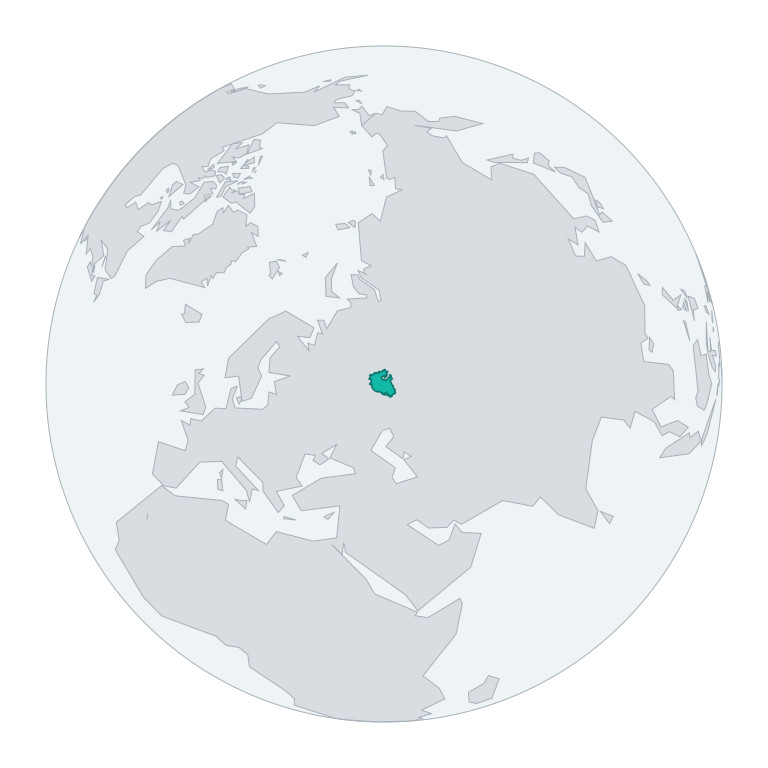 the Earth from above Bashkortostan, rotated 332°
{"feature_id": "RUS-2378", "entity_name": "Bashkortostan", "entity_type": "Republic", "adm_level": 1, "iso_a3": "RUS", "parent_name": "Russia", "parent_adm1": "", "projection": "orthographic", "projection_center": [56.933, 54.055], "detail": "fine", "context": "on_globe", "style": "filled", "palette": "teal", "viewbox_px": 768, "rotation_deg": 332, "n_neighbors": 0, "source": "natural_earth", "source_scale": "10m", "svg_char_len": 16146}
<svg xmlns="http://www.w3.org/2000/svg" viewBox="0 0 768 768"><g transform="rotate(332 384 384)"><circle cx="384" cy="384" r="338" fill="#eef3f6" stroke="#a8b0b8"/><path d="M376.2,46.2L390.0,47.1L390.4,53.8L382.1,52.5L383.1,54.8L393.6,57.0L400.3,57.9L418.1,73.7L451.0,89.1L467.1,90.6L459.1,93.5L493.4,94.8L514.9,103.8L487.0,95.9L481.5,97.0L494.3,103.9L491.4,106.6L495.9,111.7L491.3,114.5L475.4,110.4L472.0,112.3L481.3,117.2L482.5,123.6L469.4,116.1L470.1,126.7L443.6,123.1L412.3,103.1L394.0,106.0L352.1,98.9L352.4,103.0L336.7,103.8L331.1,109.1L324.9,106.9L325.8,113.1L332.5,114.2L335.1,117.4L332.4,120.8L324.1,118.4L324.2,116.3L320.4,117.4L317.4,114.8L317.3,118.0L307.6,115.1L313.2,123.1L302.0,125.1L296.6,121.8L302.5,115.4L304.8,94.1L301.1,89.9L290.1,89.8L257.8,102.9L251.6,101.4L239.2,104.4L240.1,107.8L250.1,106.9L248.8,114.7L261.2,113.3L262.5,116.6L273.1,118.4L265.6,125.5L252.6,131.6L243.4,130.7L237.4,133.6L241.4,140.9L219.8,146.0L197.6,161.9L192.6,162.8L191.4,152.2L203.4,135.4L201.9,124.0L196.9,139.1L184.5,142.1L180.0,146.2L177.2,150.9L179.5,152.9L174.1,155.9L177.0,141.4L182.0,138.4L181.0,142.9L186.5,135.3L188.4,126.7L182.0,129.5L191.6,115.3L187.2,117.4L186.8,115.8L193.2,113.3L181.8,117.8L192.1,106.3L183.9,111.7L194.1,104.5L198.3,101.7L210.0,94.4L212.2,93.0L233.9,81.3L256.3,71.1L279.4,62.7L303.1,55.9L327.2,50.9L351.7,47.6L376.2,46.2ZM403.7,58.1L394.1,56.8L385.7,54.2L394.0,54.8L403.7,58.1ZM419.2,65.0L413.9,64.8L413.2,61.2L416.5,62.4L419.2,65.0ZM479.2,91.5L472.0,88.4L480.0,90.5L479.2,91.5ZM497.4,111.9L500.4,112.1L501.4,114.7L497.4,111.9ZM276.5,114.5L274.8,116.4L273.7,115.0L276.5,114.5ZM282.6,113.6L282.6,110.7L285.5,109.9L285.5,111.7L282.6,113.6ZM495.3,121.7L496.1,126.2L492.5,120.8L495.3,121.7ZM282.1,117.5L290.7,108.9L295.8,107.6L300.1,113.6L282.1,117.5ZM494.8,128.4L496.9,140.1L503.8,141.1L485.7,145.3L489.8,133.6L484.3,126.6L490.8,129.7L494.8,128.4ZM335.8,113.1L328.5,112.1L337.0,109.9L335.8,113.1ZM340.6,111.0L363.1,100.7L372.4,104.4L363.0,106.8L377.2,109.5L370.7,116.2L361.5,116.3L356.7,112.5L357.9,118.1L340.6,111.0ZM475.3,146.0L473.5,148.4L472.4,145.1L475.3,146.0ZM336.8,118.6L340.5,116.0L348.9,118.9L343.0,124.6L342.2,121.8L336.8,118.6ZM384.0,107.0L389.3,110.5L385.4,116.8L387.0,119.0L371.4,116.7L384.0,107.0ZM338.9,122.9L339.8,127.5L333.4,129.3L333.8,121.3L338.9,122.9ZM353.6,117.3L357.3,119.0L353.3,119.9L353.6,117.3ZM311.2,139.2L315.5,135.6L320.2,136.7L311.2,139.2ZM340.6,129.1L342.8,128.5L345.1,128.7L344.4,132.1L340.6,129.1ZM369.8,121.5L367.1,123.5L376.0,122.7L373.5,127.7L363.5,125.4L366.7,128.5L366.0,130.1L358.7,126.5L369.8,121.5ZM350.7,136.1L337.2,135.4L328.3,141.6L323.8,140.6L338.9,131.0L350.7,136.1ZM356.0,130.7L351.7,133.8L348.4,130.9L349.2,127.0L356.0,130.7ZM375.4,132.1L381.7,125.0L383.7,125.8L375.4,132.1ZM348.8,138.4L352.1,138.6L348.5,139.2L348.8,138.4ZM367.9,134.6L369.9,131.9L372.1,132.8L367.9,134.6ZM357.0,141.3L352.7,141.0L353.1,138.2L357.0,141.3ZM362.6,138.7L365.1,140.7L355.9,137.4L363.1,137.3L362.6,138.7ZM369.7,135.9L371.6,135.6L368.5,137.0L369.7,135.9ZM357.8,152.2L346.2,148.8L347.2,142.6L358.4,146.7L357.8,152.2ZM191.3,661.6L183.8,656.1L153.9,625.3L157.3,620.1L153.2,609.1L132.4,570.4L136.7,559.2L132.1,548.4L122.0,540.8L117.1,527.5L111.4,521.3L78.9,484.6L71.5,459.2L69.0,404.0L76.7,398.0L82.7,380.4L140.0,369.3L147.0,384.6L186.2,410.8L190.2,417.3L180.0,429.9L204.9,470.6L219.6,463.8L247.7,489.5L270.0,497.6L287.8,470.8L251.4,457.0L250.6,439.4L284.2,437.7L316.9,449.9L317.7,443.6L301.6,423.8L313.9,415.1L296.6,416.0L300.1,424.2L289.4,425.3L285.6,418.0L290.0,415.0L281.5,408.6L262.4,425.5L263.9,435.7L238.6,428.3L238.7,444.7L230.2,447.8L226.9,421.4L230.8,414.2L220.8,379.8L214.4,386.5L223.4,419.8L218.5,414.7L209.9,425.1L212.5,413.2L204.4,376.1L184.7,366.5L151.5,378.3L141.8,370.5L137.4,354.6L157.8,329.0L177.2,349.5L184.7,341.6L187.9,321.1L193.5,329.4L197.2,323.9L205.3,330.9L223.6,326.0L232.8,331.6L246.8,316.1L253.4,317.1L243.3,325.8L241.2,335.2L264.9,349.3L271.5,348.0L278.7,337.0L284.3,342.7L288.2,330.4L305.2,333.0L287.8,319.8L295.7,307.5L309.6,302.2L309.1,296.0L286.4,304.9L280.2,310.7L279.9,319.4L260.2,334.4L250.6,332.7L259.3,308.7L246.6,303.9L259.0,288.2L312.6,272.5L331.6,273.6L348.6,301.7L340.3,308.3L330.0,301.2L333.3,319.3L336.0,312.2L340.7,317.3L349.5,307.7L353.2,310.8L355.2,296.5L360.8,299.4L359.4,308.4L377.2,297.5L390.6,300.8L392.8,296.9L391.3,291.8L409.3,300.0L410.1,296.8L404.6,292.8L402.6,284.1L406.2,272.0L412.2,275.5L411.7,280.3L419.8,296.0L417.6,308.8L420.5,309.1L423.8,298.8L413.9,279.6L414.4,271.4L420.3,279.6L418.2,276.0L420.3,273.0L428.0,273.5L422.1,264.3L437.0,229.6L453.5,227.9L457.1,238.6L473.9,220.2L491.1,221.0L485.9,217.1L490.5,206.6L485.1,206.1L483.0,203.5L492.3,177.9L499.2,175.0L497.3,160.9L494.7,159.1L489.5,160.3L485.7,145.3L503.8,141.1L508.9,145.3L516.8,140.4L527.3,151.0L539.6,157.9L546.6,173.2L555.7,177.9L557.8,175.5L571.7,180.6L593.5,200.4L566.9,194.7L532.5,170.0L545.8,180.6L540.1,181.5L543.2,187.5L552.8,195.2L555.6,193.9L557.2,225.5L575.0,254.4L580.2,242.7L590.0,243.4L614.7,269.2L629.0,327.0L642.2,331.0L647.2,338.6L645.3,350.8L637.8,340.0L630.1,343.0L626.2,335.4L620.6,352.4L614.8,342.3L613.3,361.0L620.8,365.4L628.0,353.7L629.2,375.0L644.5,378.3L653.3,393.0L650.9,437.3L638.1,461.9L638.7,467.6L630.0,468.5L623.8,486.1L644.4,500.3L645.7,507.9L633.2,534.5L631.9,529.7L608.9,532.1L608.4,551.9L626.1,554.0L632.3,565.0L620.4,569.5L613.6,560.0L605.4,560.4L604.9,544.4L592.8,526.0L580.6,538.5L578.9,528.5L560.4,515.2L541.4,531.7L513.0,571.1L513.5,596.2L501.8,610.1L476.8,581.4L469.1,557.1L457.9,561.8L434.1,542.6L386.5,544.3L381.7,536.9L372.3,540.2L355.8,532.1L349.3,519.3L338.4,519.0L356.4,552.1L368.3,552.3L381.0,540.9L383.5,552.0L399.7,561.5L374.7,586.4L307.3,600.2L304.2,580.6L270.8,514.1L273.8,507.9L273.8,507.1L273.6,505.6L267.0,515.0L262.4,501.2L276.5,547.9L277.4,565.2L306.3,601.1L302.7,603.3L313.1,610.9L350.5,608.9L349.9,614.8L330.2,638.7L281.4,659.9L290.0,678.8L289.9,690.6L264.1,689.6L271.1,697.4L258.4,694.6L260.8,697.3L253.2,695.4L246.6,692.7L218.2,678.5L191.3,661.6ZM114.4,387.3L111.5,392.0L111.4,392.0L114.4,387.3ZM348.0,477.8L369.9,481.7L366.1,460.5L374.2,460.5L370.0,453.5L365.7,459.0L356.2,440.1L367.9,435.2L368.3,425.9L361.0,424.3L341.2,436.4L354.6,463.2L347.0,470.7L348.0,477.8ZM170.1,122.4L169.9,122.6L170.1,122.4ZM184.4,143.0L184.0,144.2L180.2,149.0L180.2,146.9L184.4,143.0ZM174.6,171.3L166.0,175.5L172.1,170.7L170.4,168.1L181.0,155.4L190.6,162.7L184.4,161.4L174.6,171.3ZM197.9,141.2L190.0,147.9L198.2,140.3L197.9,141.2ZM209.6,288.6L210.0,295.4L203.5,299.8L191.9,294.4L201.2,287.8L209.6,288.6ZM212.1,304.3L224.0,282.9L231.8,286.0L225.4,287.7L229.3,291.9L220.2,296.0L215.9,320.5L209.9,326.2L191.6,312.1L200.9,313.3L199.9,306.3L212.1,304.3ZM240.8,228.2L246.1,220.5L256.0,236.9L250.0,242.4L237.9,236.9L238.0,227.3L240.8,228.2ZM287.9,130.4L289.3,127.4L291.6,127.9L292.3,130.9L287.9,130.4ZM312.8,137.4L284.3,144.4L284.5,141.2L267.6,149.8L261.4,144.9L272.5,139.3L255.1,142.4L262.6,135.5L250.8,138.7L276.2,126.8L282.3,121.1L277.9,129.2L283.4,133.7L287.7,134.0L304.2,130.8L320.0,121.4L328.1,125.0L329.5,130.0L327.0,132.8L322.5,129.5L322.3,135.6L313.9,133.0L312.8,137.4ZM342.2,194.6L338.1,188.2L336.2,202.7L327.8,199.1L328.1,201.0L319.9,201.8L310.4,206.3L307.4,203.5L305.0,206.5L299.4,207.3L295.1,210.6L288.3,207.0L282.4,210.8L282.5,206.9L274.3,214.6L277.3,207.4L270.5,208.1L271.1,214.7L244.6,190.2L231.2,186.5L218.3,187.6L225.2,175.8L241.7,167.6L261.6,163.3L273.6,169.0L274.5,163.0L280.6,164.0L277.3,168.3L285.9,162.4L290.0,164.5L307.7,162.5L317.7,153.3L324.4,152.6L322.6,157.3L330.6,153.3L331.6,161.9L336.5,161.7L342.4,170.2L336.0,179.9L341.9,179.0L346.6,185.8L342.2,194.6ZM359.1,154.7L353.4,166.4L346.0,170.4L338.8,154.0L334.3,153.0L329.5,143.2L340.3,137.8L340.7,141.0L343.6,143.0L339.0,143.9L344.8,144.6L345.6,149.2L350.3,151.1L347.1,154.3L359.1,154.7ZM198.1,415.4L201.8,418.9L208.4,422.4L203.1,429.3L198.1,415.4ZM192.0,390.2L195.9,391.8L191.6,402.6L187.8,399.2L192.0,390.2ZM201.7,383.7L196.5,391.0L197.0,385.1L201.7,383.7ZM247.2,326.8L251.8,328.0L250.8,331.0L246.6,333.7L247.2,326.8ZM334.6,238.8L333.5,234.0L335.7,233.2L340.0,222.7L346.5,224.9L346.5,232.0L334.6,238.8ZM279.6,473.9L271.0,477.3L268.6,473.3L272.0,472.9L279.6,473.9ZM233.6,454.1L242.4,462.8L232.1,455.8L233.6,454.1ZM342.5,239.4L343.4,234.8L346.1,238.8L342.5,239.4ZM351.5,226.0L355.2,229.7L347.8,223.9L351.5,226.0ZM347.3,698.4L331.7,712.1L315.7,709.5L309.9,704.9L313.8,695.9L331.6,695.3L339.5,690.5L347.3,698.4ZM678.3,543.4L682.7,537.1L682.3,538.2L678.3,543.4ZM673.9,547.9L679.5,540.2L672.5,551.0L673.9,547.9ZM681.5,537.2L687.1,527.2L689.6,522.2L688.8,524.6L681.5,537.2ZM669.9,553.2L645.5,580.1L635.0,587.9L638.1,582.5L655.0,566.8L669.9,553.2ZM637.3,583.2L620.4,588.7L592.8,578.6L602.8,572.9L630.8,570.5L629.1,574.8L639.3,573.2L637.3,583.2ZM675.4,527.4L673.6,537.6L660.8,552.1L654.5,557.5L650.3,550.9L652.7,542.6L658.1,537.4L675.1,495.1L681.7,492.1L677.3,507.8L682.5,509.0L675.4,527.4ZM515.2,597.9L524.3,608.6L517.6,613.1L515.2,597.9ZM679.4,470.8L674.2,489.5L678.1,468.4L679.4,470.8ZM680.0,453.5L681.7,457.9L677.8,457.0L680.0,453.5ZM641.0,475.0L635.6,481.7L634.2,478.2L640.3,467.5L641.0,475.0ZM659.9,405.5L664.6,416.8L665.2,421.7L660.4,417.9L659.9,405.5ZM399.7,255.2L386.5,267.0L381.3,277.8L385.2,287.1L374.0,279.4L382.0,262.7L399.7,255.2ZM431.8,232.2L428.3,224.7L433.5,225.0L435.0,226.8L431.8,232.2ZM427.1,229.8L415.9,226.4L416.4,220.3L425.1,224.1L427.1,229.8ZM378.9,232.3L374.5,235.5L372.4,232.0L378.9,232.3ZM685.9,535.9L689.3,528.9L690.3,526.6L685.9,535.9ZM689.0,526.5L696.1,510.0L698.9,503.7L689.0,526.5ZM716.1,446.6L716.3,445.3L711.1,464.0L710.1,464.2L712.7,454.3L708.1,464.5L713.3,448.0L714.6,450.0L717.1,435.0L719.8,421.2L720.4,415.7L716.1,446.6ZM711.6,465.6L712.3,463.0L711.2,467.6L711.6,465.6ZM701.2,488.0L700.7,490.7L699.1,492.6L701.2,488.0ZM703.5,481.9L707.9,473.0L702.9,484.8L703.5,481.9ZM685.8,506.3L687.6,508.8L693.7,495.6L689.0,508.0L692.2,510.1L690.5,515.5L687.5,512.7L685.0,524.6L682.2,528.6L681.6,522.7L684.8,508.1L687.5,499.6L697.9,480.2L685.8,506.3ZM703.8,475.4L702.4,472.0L703.3,465.5L704.9,465.7L703.8,475.4ZM696.8,464.7L691.4,464.3L687.8,473.9L693.8,449.3L698.2,453.8L696.8,464.7ZM690.2,453.6L687.0,462.6L689.4,449.6L690.2,453.6ZM685.4,461.5L683.6,456.5L686.9,452.4L685.4,461.5ZM692.1,450.6L690.5,439.7L693.3,442.9L692.1,450.6ZM678.6,445.6L688.0,444.7L678.1,454.2L671.5,435.7L675.2,429.5L678.6,445.6ZM660.0,332.2L655.6,327.8L657.2,320.9L659.8,325.8L660.0,332.2ZM658.5,295.9L656.2,317.6L653.7,335.8L657.4,334.6L662.0,347.3L653.3,344.0L650.8,324.1L653.7,312.2L648.5,302.4L647.2,289.4L638.8,280.5L636.4,272.8L644.9,277.3L658.5,295.9ZM634.9,277.2L619.7,259.0L625.4,250.8L630.0,252.9L634.6,264.6L631.4,268.2L634.9,277.2ZM617.7,252.3L614.4,255.8L585.1,239.9L580.3,234.7L605.6,241.5L603.9,245.3L610.1,250.9L617.7,252.3ZM477.0,149.6L473.8,148.5L477.0,147.6L477.0,149.6ZM480.0,203.6L477.6,199.9L481.4,198.7L480.0,203.6ZM473.1,189.3L470.5,193.2L470.8,187.7L473.1,189.3ZM464.9,202.4L468.2,194.1L468.7,204.2L464.9,202.4Z" fill="#d9dde1" stroke="#a8b0b8" stroke-width="1"/><path d="M385.6,370.6L385.6,371.1L385.8,371.5L385.7,371.8L386.0,371.9L386.3,371.9L386.5,371.7L386.9,371.6L387.1,371.7L387.2,371.8L387.7,371.8L387.8,371.7L388.2,371.9L388.5,371.8L388.5,372.1L388.8,372.1L388.8,371.9L389.0,371.6L389.4,371.5L389.5,371.6L389.8,371.8L389.9,372.1L390.2,372.1L390.6,372.0L390.8,371.8L390.9,371.4L391.3,371.5L391.7,371.6L391.8,371.7L391.7,372.1L391.4,372.4L391.6,373.0L391.5,373.4L391.4,373.6L391.8,373.7L391.9,373.8L391.8,374.2L392.0,374.5L391.7,374.7L391.7,374.9L391.8,374.9L392.3,374.6L392.5,374.9L393.0,374.8L392.8,375.3L392.5,375.5L392.2,375.5L391.6,375.7L391.5,375.9L391.5,376.1L391.5,376.4L390.9,376.9L390.9,376.5L390.7,376.4L390.4,376.5L390.7,376.7L390.6,376.8L390.1,376.8L390.0,377.0L390.3,377.1L390.1,377.4L390.0,377.5L389.9,377.2L389.6,377.4L389.5,377.5L390.1,377.7L390.4,378.2L389.7,378.7L389.4,378.6L389.4,378.3L389.4,378.2L388.9,378.4L389.1,378.0L388.8,377.9L388.9,377.7L388.6,377.4L388.1,377.7L388.1,377.8L388.3,377.9L387.9,378.3L388.0,378.6L387.6,378.9L387.5,378.7L387.7,378.4L387.7,378.1L387.5,377.4L387.8,377.4L388.0,377.2L387.8,376.9L387.7,376.8L387.3,376.7L386.5,376.6L386.0,376.5L385.7,376.5L385.3,376.9L385.1,376.9L385.1,377.1L384.9,377.1L385.0,377.5L384.8,377.7L384.7,377.9L384.7,378.1L384.8,378.4L385.1,378.7L384.8,379.2L384.8,379.4L384.9,379.6L385.5,379.9L385.5,380.1L386.0,380.2L386.0,380.4L386.2,380.6L386.8,380.9L386.8,381.4L387.0,381.4L387.2,381.7L387.3,381.9L387.5,382.0L388.3,381.4L388.4,381.2L388.9,381.1L389.5,381.2L389.8,381.5L390.1,381.2L390.4,380.9L391.2,380.6L391.3,380.5L391.8,380.6L392.1,380.2L392.4,380.0L392.6,379.7L392.8,379.5L392.8,379.2L393.1,379.0L393.1,378.8L393.8,379.1L394.1,379.0L394.3,379.4L394.1,379.9L394.1,380.2L394.0,380.5L393.8,380.8L393.5,380.9L393.4,381.2L393.4,381.3L393.6,381.5L393.6,381.9L393.4,382.1L393.8,382.4L393.9,382.6L393.6,383.0L393.7,383.3L393.4,383.2L393.0,383.0L392.5,383.1L392.2,383.1L392.0,383.4L391.7,384.3L391.2,384.5L391.0,384.4L390.9,384.6L391.0,384.8L390.9,385.0L390.9,385.4L390.8,385.7L390.9,386.3L390.6,386.6L390.6,386.8L390.9,386.9L390.8,387.2L390.8,388.2L390.7,388.4L390.7,388.9L390.7,389.0L390.9,389.0L391.0,389.8L391.3,389.8L391.4,390.0L390.8,390.1L390.7,390.3L390.6,390.5L390.5,391.0L390.6,391.5L390.6,391.8L390.4,392.2L390.5,392.4L390.7,392.6L390.8,392.8L390.6,393.0L390.7,393.4L390.8,393.5L390.8,393.9L391.1,394.1L391.2,394.3L390.9,394.5L390.3,394.5L390.0,395.0L390.4,395.7L390.4,395.8L390.2,395.9L390.2,396.4L390.0,396.8L390.0,397.3L389.7,397.5L389.4,397.4L389.2,397.5L389.1,397.4L389.0,397.5L388.9,397.6L388.5,397.6L388.4,397.6L388.4,397.4L388.2,397.3L387.9,397.4L387.8,397.1L387.7,397.1L387.1,397.1L386.9,397.1L386.8,396.9L386.7,396.9L386.7,397.1L386.5,397.3L386.6,397.5L386.3,397.6L386.1,397.8L385.8,397.7L385.7,397.8L385.7,398.2L385.0,398.6L384.8,398.6L384.6,398.2L384.3,398.1L384.2,397.7L383.8,397.7L383.6,397.6L383.8,397.9L383.8,398.3L383.7,398.5L383.4,398.5L383.3,398.4L383.4,398.1L383.2,397.8L383.4,397.6L383.1,397.3L382.9,397.2L382.9,396.8L383.3,396.7L383.0,396.5L383.0,396.4L383.1,395.8L383.0,395.7L382.7,395.8L382.9,395.4L382.5,395.2L382.1,395.2L382.3,395.0L381.8,395.2L381.8,395.4L381.5,395.4L381.4,395.3L381.3,395.1L381.7,394.8L381.8,394.5L382.3,394.3L382.2,393.8L382.2,393.6L381.9,393.2L382.0,393.0L382.1,392.9L382.2,392.7L381.6,392.8L381.3,392.6L381.1,392.3L380.9,392.3L380.9,392.5L380.5,393.1L380.4,393.1L380.3,393.7L380.1,393.9L379.8,394.1L379.7,394.0L379.6,393.8L379.4,393.9L379.0,393.8L378.9,393.6L379.0,393.1L378.8,393.0L379.0,392.9L379.0,392.7L378.7,392.6L378.7,392.4L378.6,392.2L378.4,392.2L378.2,392.4L378.0,392.2L378.1,391.8L378.1,391.7L378.3,391.8L378.3,392.0L378.6,391.9L378.6,391.7L378.4,391.6L378.4,391.4L378.6,391.4L378.6,391.1L378.4,391.0L378.1,391.0L377.7,391.2L377.6,390.7L377.4,390.4L377.0,389.6L376.9,388.8L376.7,388.7L376.3,388.6L375.9,388.7L375.6,388.5L375.7,388.2L374.8,387.6L374.6,387.8L374.4,387.8L374.1,387.6L373.9,387.2L373.7,386.9L373.3,386.1L373.2,385.9L372.6,385.6L372.4,384.7L372.1,383.9L372.0,383.6L372.0,383.4L371.9,383.2L371.9,382.7L371.7,382.1L371.7,381.8L372.0,381.1L372.0,380.7L372.3,380.5L372.7,379.9L372.6,379.6L372.7,379.3L372.6,379.2L372.8,378.8L372.4,378.8L372.1,378.2L371.6,378.0L371.6,377.8L371.4,377.6L371.2,377.5L371.2,377.3L371.3,377.2L371.9,377.1L372.0,377.0L372.2,376.8L372.5,377.0L372.8,376.9L372.8,376.7L373.1,376.5L373.2,376.2L373.9,375.9L374.0,375.5L374.2,375.2L374.8,374.5L374.9,374.4L375.0,374.2L374.8,374.1L374.6,373.7L374.4,373.7L374.2,373.6L374.3,373.2L374.0,373.2L373.9,373.0L373.6,373.0L373.1,372.8L373.2,372.5L373.6,372.5L373.8,372.1L374.2,372.2L374.4,372.2L374.5,372.0L374.8,371.4L375.2,371.0L375.5,370.9L375.6,370.6L375.5,370.3L375.8,370.4L376.2,369.4L376.3,369.2L376.6,369.5L376.9,369.8L377.5,370.2L377.5,370.3L377.5,370.5L378.0,370.4L378.2,370.6L378.3,370.6L378.3,370.4L378.5,370.5L379.0,370.5L379.5,370.1L380.1,369.9L380.5,370.0L380.7,369.8L380.8,370.3L381.1,370.6L381.2,370.8L381.6,370.7L381.8,370.7L382.0,370.5L382.1,370.4L382.2,370.2L382.4,370.3L382.7,370.3L382.8,370.4L382.6,370.6L382.8,371.0L383.0,371.0L383.4,371.2L383.5,371.5L383.8,371.9L384.3,371.8L384.3,371.6L384.8,371.6L384.9,371.4L385.1,371.1L385.1,370.8L385.6,370.6Z" fill="#14b8a6" stroke="#0f766e" stroke-width="1.5"/></g></svg>